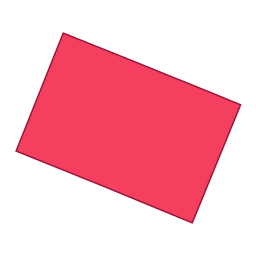 Fillmore, Minnesota, United States of America (orthographic projection), rotated 202°
{"feature_id": "52423323B25501231603720", "entity_name": "Fillmore", "entity_type": "district", "adm_level": 2, "iso_a3": "USA", "parent_name": "United States of America", "parent_adm1": "Minnesota", "projection": "orthographic", "projection_center": [-92.041, 43.674], "detail": "fine", "context": "isolated", "style": "filled", "palette": "rose", "viewbox_px": 256, "rotation_deg": 202, "n_neighbors": 0, "source": "geoboundaries", "source_scale": "gbopen_adm2", "svg_char_len": 527}
<svg xmlns="http://www.w3.org/2000/svg" viewBox="0 0 256 256"><g transform="rotate(202 128 128)"><path d="M32.9,69.3L32.3,191.7L43.0,191.7L43.7,191.7L48.5,191.8L53.7,191.8L77.6,191.9L78.0,191.9L98.9,191.9L104.2,191.8L124.2,191.9L127.9,191.9L130.6,191.9L165.2,191.9L167.3,191.9L191.5,191.8L198.5,191.8L203.2,191.8L203.8,191.8L210.6,191.7L211.0,191.8L215.4,191.8L221.5,191.8L222.0,191.8L222.8,191.7L223.6,191.7L223.6,190.4L223.1,64.7L130.8,64.8L33.0,64.1L32.9,69.3Z" fill="#f43f5e" stroke="#9f1239" stroke-width="1.5"/></g></svg>